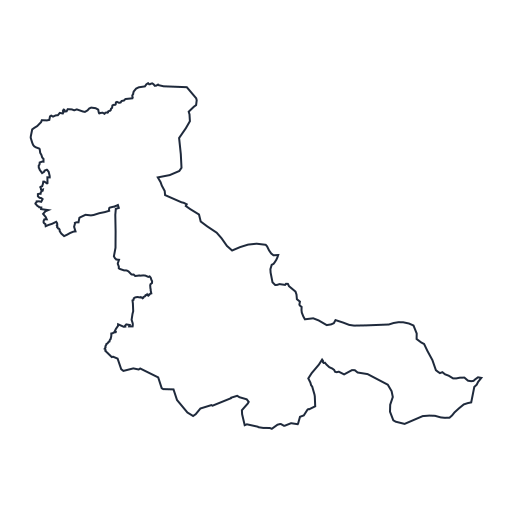 Ikara, Kaduna, Nigeria (Mercator projection)
{"feature_id": "59680162B12574760496394", "entity_name": "Ikara", "entity_type": "district", "adm_level": 2, "iso_a3": "NGA", "parent_name": "Nigeria", "parent_adm1": "Kaduna", "projection": "mercator", "projection_center": [8.11, 11.312], "detail": "fine", "context": "isolated", "style": "outline", "palette": "slate", "viewbox_px": 512, "rotation_deg": 0, "n_neighbors": 0, "source": "geoboundaries", "source_scale": "gbopen_adm2", "svg_char_len": 5963}
<svg xmlns="http://www.w3.org/2000/svg" viewBox="0 0 512 512"><path d="M278.2,255.0L273.5,255.3L271.2,253.5L269.0,250.3L267.1,246.4L265.7,244.8L256.6,243.7L248.1,244.6L240.1,247.1L232.1,250.5L226.9,245.9L221.5,238.2L216.7,232.7L207.1,226.3L200.7,221.5L199.0,214.5L190.2,209.1L185.8,206.0L186.7,204.3L183.7,202.8L181.5,202.3L165.1,195.1L164.7,191.0L161.8,185.6L160.6,182.2L157.8,177.4L169.7,175.1L179.3,171.0L181.5,167.8L180.8,154.1L179.1,138.0L185.8,128.3L189.9,121.2L189.5,114.4L188.7,111.7L193.9,106.7L196.1,105.1L196.7,100.3L196.2,98.3L186.8,87.2L163.6,86.3L158.4,85.1L158.0,84.6L156.3,85.6L154.8,85.8L153.6,84.3L152.3,83.4L151.2,83.6L150.1,84.2L149.2,84.3L148.1,83.2L146.4,84.3L144.9,86.4L138.8,87.3L136.1,88.6L133.7,91.5L133.2,93.4L133.2,94.0L132.3,95.4L132.4,96.7L132.7,97.4L132.4,98.3L125.7,99.0L125.0,99.4L124.0,100.5L121.6,101.0L120.6,102.5L119.0,102.8L117.0,101.9L116.0,102.3L115.8,102.8L115.8,104.0L115.4,104.7L114.6,104.9L113.4,104.9L112.4,105.5L112.1,107.8L111.0,108.8L110.7,110.2L110.0,110.8L109.4,110.8L108.1,111.5L108.0,112.4L107.5,112.7L106.5,112.5L105.4,112.7L104.5,113.8L102.6,112.7L100.2,113.0L99.6,113.4L99.1,113.3L98.7,112.2L98.2,109.6L95.6,108.2L91.2,107.6L89.2,108.5L87.5,110.4L84.9,111.9L82.9,111.5L76.8,109.4L74.2,110.3L71.8,109.4L67.7,109.2L66.6,111.3L65.1,111.5L64.3,109.8L63.6,109.6L62.9,110.9L63.3,112.5L62.8,113.5L59.8,112.9L57.9,115.2L55.7,115.4L53.0,116.6L51.2,115.6L50.0,116.4L49.3,119.9L46.9,120.4L41.8,120.2L41.1,122.1L37.2,126.1L34.4,127.8L32.2,129.4L30.8,136.3L30.7,137.8L32.2,142.7L33.1,144.9L34.2,146.3L35.8,147.3L39.3,148.6L39.7,149.2L40.2,152.8L41.4,154.9L42.2,157.5L43.5,158.9L43.5,161.7L42.2,161.6L39.7,162.5L39.5,164.5L38.7,165.7L38.8,167.8L39.2,168.3L39.7,169.8L42.1,173.1L44.2,171.7L44.6,170.6L46.9,169.7L47.2,169.9L48.7,171.9L49.7,176.1L49.7,177.4L47.4,177.3L47.5,183.1L47.0,183.4L44.3,181.6L43.3,181.6L42.9,183.9L42.2,186.2L40.4,186.9L40.3,187.2L40.9,188.4L41.0,189.7L41.6,190.1L42.9,189.6L42.7,190.7L42.0,191.0L40.8,192.4L40.6,193.8L39.2,193.8L37.9,194.1L37.9,196.3L39.5,197.8L41.3,198.1L42.6,199.1L42.0,200.3L41.2,201.8L38.9,201.3L36.7,201.4L36.7,202.0L35.7,202.9L35.4,203.7L37.6,206.1L38.8,206.6L39.2,207.3L41.3,207.5L41.1,209.1L48.2,210.1L45.4,211.3L43.1,213.9L45.7,217.0L46.7,219.3L44.4,219.3L43.6,221.0L43.6,222.5L44.0,223.1L45.4,224.1L45.7,226.2L48.4,225.0L52.1,223.8L56.2,221.8L57.1,223.2L57.2,223.9L57.3,225.0L56.8,225.4L57.4,226.6L57.1,227.1L58.3,228.6L59.0,228.7L59.6,229.6L59.7,231.1L61.2,233.5L64.1,236.1L67.1,234.7L70.1,233.0L73.5,231.6L75.5,231.4L74.1,226.8L75.0,223.4L74.9,222.9L76.4,222.3L78.5,222.3L79.4,217.8L80.2,217.3L85.5,214.8L90.9,215.4L93.6,215.0L99.3,213.2L104.8,212.1L109.2,210.8L109.0,209.4L109.3,208.0L109.8,207.6L113.5,206.7L114.6,206.7L115.3,206.0L117.1,205.7L117.2,205.3L117.9,205.0L118.8,207.9L115.8,208.9L115.3,214.8L115.6,231.6L115.5,247.8L113.9,256.3L115.0,258.3L115.9,259.0L116.2,259.5L119.0,259.8L117.8,263.3L117.8,263.9L118.8,266.5L118.8,268.3L119.7,268.9L124.1,270.4L126.2,270.4L127.2,270.7L128.5,271.4L131.3,274.3L132.1,274.6L133.6,274.5L135.2,276.0L138.6,275.6L139.1,275.4L139.9,275.7L143.3,275.4L145.4,275.6L148.1,276.8L148.5,276.9L149.6,276.4L150.7,277.7L151.4,279.9L152.1,281.2L152.0,283.0L150.5,284.2L150.2,285.3L150.4,288.3L150.7,289.2L150.6,290.0L151.3,293.4L150.2,293.7L149.3,294.8L148.7,294.7L148.4,295.5L147.8,295.1L147.6,295.2L147.1,294.4L146.6,295.1L145.6,295.1L145.0,296.3L143.5,297.0L143.3,297.8L142.6,298.3L141.9,297.7L140.8,297.1L140.4,297.5L137.4,297.0L135.2,297.4L133.8,298.3L133.5,299.9L132.5,300.4L132.9,303.7L133.2,311.2L132.5,313.9L131.6,319.8L132.7,323.3L132.8,325.0L132.6,326.4L129.2,326.4L129.7,325.0L126.3,324.4L125.1,325.7L125.3,326.6L123.8,326.8L118.1,324.3L118.0,325.9L115.9,328.9L114.8,331.2L115.8,331.7L115.7,332.2L113.5,332.6L112.8,333.2L111.3,333.5L111.3,336.0L110.6,339.1L110.1,339.5L109.5,340.8L109.5,341.5L108.4,342.1L107.6,343.3L106.4,344.0L106.3,344.6L105.4,346.3L105.6,347.2L104.7,348.7L105.2,348.9L105.6,350.2L105.3,350.8L111.8,357.1L113.0,356.7L117.6,358.6L121.2,369.2L123.4,370.9L133.3,368.4L138.7,369.5L140.2,368.5L158.2,377.4L161.7,388.2L163.2,389.1L173.5,389.4L177.0,400.0L187.4,412.5L193.1,416.0L195.7,414.2L200.4,408.5L211.4,405.1L212.5,405.7L231.0,398.2L231.1,397.7L237.2,395.8L239.4,397.2L246.7,399.3L248.7,401.9L247.8,403.5L241.9,410.2L242.1,414.2L244.7,425.2L246.9,424.3L257.8,426.7L258.4,427.2L263.0,427.9L269.8,428.0L271.8,428.8L277.5,424.7L280.2,424.0L281.0,424.1L284.0,425.8L284.8,425.7L291.1,423.2L297.7,424.2L298.1,423.5L300.0,416.8L303.8,415.4L307.4,409.8L308.0,409.3L308.3,409.1L309.1,409.3L315.2,406.3L314.8,396.4L314.5,394.6L312.2,386.6L311.1,385.2L310.4,382.6L308.3,378.4L311.7,373.1L318.9,364.6L322.1,359.6L323.0,360.9L322.9,362.2L323.7,363.0L324.9,362.7L326.4,364.5L329.3,367.2L332.2,368.5L334.1,369.9L335.1,371.8L336.7,372.2L338.8,371.7L344.1,374.4L352.0,370.1L354.8,370.2L357.6,372.5L367.6,374.1L387.8,384.7L391.6,391.2L392.8,397.0L390.2,404.7L390.0,411.7L393.3,420.3L395.7,421.7L404.6,423.9L422.7,416.1L429.3,415.6L435.0,415.8L440.7,417.4L444.6,417.8L449.5,417.7L452.1,415.4L454.5,412.4L459.0,408.3L463.8,404.4L467.8,403.1L471.2,402.4L474.3,386.9L476.7,384.7L478.1,381.9L481.3,377.9L478.0,377.3L475.1,379.4L473.5,380.9L471.2,381.2L468.0,380.7L464.4,377.6L459.8,377.7L456.3,378.4L453.1,378.4L448.7,375.7L445.0,374.3L442.4,372.2L439.9,373.1L438.1,371.9L435.9,370.2L432.4,360.1L427.4,350.9L424.1,344.0L421.1,342.4L416.6,339.0L416.7,333.5L413.5,325.5L408.9,323.5L403.3,322.3L398.5,322.2L393.6,323.0L388.8,324.5L366.0,325.4L354.0,325.6L349.2,324.9L343.2,322.6L335.5,320.1L333.8,323.2L331.1,324.4L326.7,325.1L318.6,320.4L313.2,318.3L304.9,319.3L303.3,316.4L301.8,312.6L301.5,310.1L301.6,306.9L299.8,305.5L299.4,304.6L299.9,301.6L296.9,299.2L296.5,294.6L295.5,291.6L289.0,286.2L287.9,283.9L286.0,283.8L285.1,284.9L279.5,284.1L277.1,284.9L275.2,285.0L272.5,282.3L270.6,272.6L270.4,269.2L271.7,264.8L273.5,263.9L274.7,262.3L276.3,259.8L277.4,257.4L278.2,255.0Z" fill="none" stroke="#1e293b" stroke-width="2"/></svg>